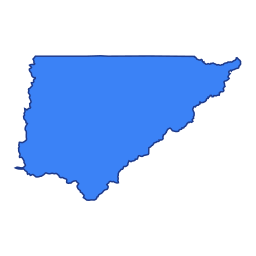 the district of Governador Jorge Teixeira, Rondônia, Brazil
{"feature_id": "56859067B13052829322579", "entity_name": "Governador Jorge Teixeira", "entity_type": "district", "adm_level": 2, "iso_a3": "BRA", "parent_name": "Brazil", "parent_adm1": "Rondônia", "projection": "orthographic", "projection_center": [-63.145, -10.822], "detail": "fine", "context": "isolated", "style": "filled", "palette": "blue", "viewbox_px": 256, "rotation_deg": 0, "n_neighbors": 0, "source": "geoboundaries", "source_scale": "gbopen_adm2", "svg_char_len": 5729}
<svg xmlns="http://www.w3.org/2000/svg" viewBox="0 0 256 256"><path d="M15.4,167.9L16.2,168.3L18.3,168.9L21.1,169.1L23.5,169.0L24.3,169.4L24.8,170.2L25.4,170.8L26.6,171.5L27.0,172.0L27.3,172.8L27.3,173.7L27.7,174.3L28.6,173.9L29.2,173.8L29.7,174.3L30.3,175.4L31.3,175.1L31.8,174.7L32.5,174.5L33.2,174.6L36.0,176.9L38.0,176.9L39.0,176.7L40.1,176.3L41.3,176.2L43.7,174.7L45.5,173.0L46.1,172.9L47.3,173.4L49.1,173.8L50.1,173.7L51.8,173.3L52.5,173.3L54.0,173.7L55.0,173.7L55.9,173.4L56.6,173.6L57.3,174.2L58.1,174.9L58.9,175.5L59.4,176.9L60.1,177.4L60.8,177.7L62.6,177.5L63.2,177.8L64.2,178.4L65.8,178.9L66.4,179.2L66.8,179.8L66.6,181.8L66.7,182.6L67.9,183.2L68.8,183.3L69.7,183.0L70.3,183.1L71.1,183.0L71.8,182.2L73.4,181.2L75.5,180.8L76.3,181.0L76.7,181.7L77.2,182.4L78.6,183.4L78.4,184.2L77.7,185.1L77.1,186.0L77.2,187.0L77.9,188.4L78.5,189.3L80.3,190.6L80.3,191.9L81.0,192.4L81.7,192.6L82.2,193.2L82.5,193.8L83.2,194.3L83.9,195.1L84.1,195.7L83.3,197.6L84.9,198.5L85.3,199.0L86.9,200.1L89.2,200.2L91.1,199.9L94.4,200.0L95.2,199.6L96.1,199.1L96.7,198.1L97.0,197.0L98.0,196.7L98.3,195.6L98.8,194.8L99.7,194.2L101.6,193.2L102.4,192.4L103.8,190.7L104.7,190.0L105.5,189.7L107.1,189.3L107.9,188.1L108.2,186.8L108.0,186.1L106.8,184.6L107.6,183.7L108.7,182.9L109.1,182.0L109.6,181.6L110.2,181.3L112.0,181.7L112.8,181.7L113.5,181.5L115.0,182.4L116.4,182.8L117.0,183.0L118.4,182.7L118.2,181.4L117.8,180.7L118.1,179.4L118.2,177.9L117.9,177.3L117.8,176.5L118.3,175.2L118.2,173.9L118.4,173.2L119.1,171.7L120.1,170.8L121.1,169.4L122.5,169.2L123.1,168.5L123.3,167.3L123.9,166.5L125.4,166.5L126.5,166.0L127.4,165.3L127.9,164.6L127.8,163.8L129.0,160.8L131.0,161.7L132.2,161.0L133.2,160.9L134.3,160.6L135.2,160.0L135.3,159.2L136.2,159.2L137.4,159.0L137.7,158.0L138.2,156.5L138.6,155.8L139.5,155.7L140.9,156.3L141.7,156.4L142.7,156.3L143.6,155.5L146.5,154.9L148.2,154.4L148.7,153.6L148.8,147.8L150.5,146.9L151.8,145.5L152.5,145.3L153.5,144.0L153.6,143.3L154.9,142.6L156.0,142.4L156.5,141.8L157.1,141.5L157.7,141.6L158.8,141.3L159.3,140.8L159.2,140.1L159.8,140.3L160.4,139.9L161.1,140.0L162.0,139.8L162.9,139.0L163.1,138.4L162.9,137.2L162.9,136.4L163.4,135.8L163.3,135.0L165.2,133.8L165.8,132.8L166.3,132.4L166.3,131.6L166.9,130.9L167.2,130.1L168.1,129.0L168.7,128.7L170.0,128.1L171.1,128.9L172.4,130.7L175.7,131.5L177.0,131.5L177.8,131.4L178.7,131.1L178.9,130.3L179.7,129.6L181.5,129.2L182.0,128.5L182.1,127.8L182.9,128.0L183.7,127.9L184.2,127.0L184.9,126.4L185.6,126.1L185.9,125.4L186.7,124.6L187.0,123.5L187.9,122.9L188.4,122.3L189.1,122.6L189.7,122.1L190.6,122.0L191.6,122.3L192.9,121.3L192.4,120.5L192.2,119.6L192.8,118.9L193.6,118.4L193.4,116.7L193.9,116.0L194.1,115.2L194.1,112.9L193.9,112.3L193.1,110.6L192.7,109.2L193.9,106.7L194.7,106.6L195.4,106.9L195.9,106.1L196.7,105.4L197.7,105.2L198.5,105.1L199.0,104.3L199.9,104.0L200.2,103.3L199.8,102.6L200.0,102.0L200.5,102.4L201.3,102.7L202.1,102.6L202.9,102.5L204.0,102.1L204.7,101.6L205.3,101.4L206.3,100.2L206.3,99.4L206.9,98.7L207.5,98.4L208.2,98.4L208.1,97.2L208.7,97.3L209.5,96.7L210.0,96.2L210.1,95.5L211.1,95.3L211.8,96.0L212.1,96.8L213.5,96.6L213.9,95.6L215.5,95.7L216.1,95.9L216.8,95.5L218.0,95.1L219.2,95.2L219.4,94.1L219.3,93.0L220.0,92.7L220.4,91.8L222.8,91.7L223.6,91.1L223.9,90.2L223.2,88.9L223.5,88.2L223.9,87.6L224.2,86.9L225.0,86.5L224.6,85.4L224.4,83.6L224.0,82.1L224.2,81.5L225.1,81.0L226.1,80.8L226.9,80.4L228.5,79.2L229.2,78.4L228.6,77.6L227.9,76.9L228.7,75.3L230.1,73.6L229.0,73.1L228.7,71.9L229.0,71.3L229.9,70.9L230.5,70.3L231.1,70.4L231.4,71.0L231.8,70.3L232.5,70.1L233.1,69.8L234.4,69.5L235.8,68.7L238.5,68.0L238.8,67.3L239.0,66.1L239.6,65.7L240.1,64.8L240.6,64.2L240.6,63.4L240.5,62.5L240.6,61.6L240.2,61.1L240.0,60.5L238.7,59.5L237.0,57.7L236.3,57.9L236.3,58.9L235.7,59.4L235.3,60.1L234.7,60.4L233.8,60.7L232.1,61.9L231.3,62.1L230.5,61.9L229.7,62.1L228.6,62.0L227.8,62.1L227.4,62.7L224.8,63.2L223.6,63.9L223.2,64.6L221.9,64.6L220.8,65.2L219.7,65.2L218.8,64.7L217.6,64.7L217.0,65.0L215.3,64.0L213.8,63.5L213.1,63.0L211.6,63.6L211.0,63.3L209.9,64.2L208.1,63.6L207.3,64.0L206.7,64.2L205.8,64.2L205.0,63.4L204.1,63.0L203.9,61.8L203.2,62.1L202.3,61.3L202.3,60.4L201.9,59.7L201.2,59.4L200.1,60.2L199.2,59.9L198.4,59.8L197.6,59.3L196.7,59.0L196.3,58.2L195.4,57.1L194.5,57.0L194.3,56.4L148.9,56.0L108.1,56.2L100.6,55.8L87.2,56.2L35.4,56.2L34.0,58.1L33.3,58.6L33.0,59.2L33.5,59.8L34.0,61.7L33.9,62.7L34.2,63.4L34.7,63.9L34.0,64.5L33.2,64.5L32.2,64.4L31.5,64.5L30.3,64.7L29.5,65.2L30.2,66.1L31.0,66.6L31.5,67.6L30.9,68.1L29.4,69.0L29.3,69.9L29.7,70.9L30.1,71.6L30.9,72.5L31.4,73.4L31.5,74.6L32.0,76.1L32.6,76.8L33.9,77.6L35.2,77.6L35.3,78.4L34.7,79.0L34.1,79.3L33.5,80.2L33.8,81.8L33.1,82.5L31.4,82.7L31.5,83.5L32.1,84.6L32.4,85.4L31.9,86.2L30.8,87.2L30.1,88.1L29.4,88.5L28.7,88.8L28.5,89.8L28.9,90.7L28.4,92.1L28.5,93.0L29.0,93.6L29.9,95.1L30.0,96.0L29.4,96.9L29.4,97.7L30.3,99.4L31.0,101.4L31.0,102.1L30.5,103.0L29.7,103.5L29.9,106.6L30.6,107.2L30.2,108.1L28.8,108.4L28.1,108.8L27.5,109.6L26.8,109.9L26.1,109.3L24.7,108.6L25.0,111.2L24.9,112.0L24.1,113.2L24.3,113.9L24.5,115.3L23.6,116.2L23.7,117.4L24.0,118.9L25.5,120.5L25.9,121.3L26.0,122.8L27.4,123.5L26.9,124.6L26.4,125.1L25.5,126.9L25.3,127.6L25.1,129.1L25.4,130.2L26.1,131.0L26.3,131.8L26.4,133.3L26.3,134.3L26.3,137.3L26.6,139.0L26.4,140.0L24.5,141.5L22.8,142.5L21.0,142.5L20.3,142.3L19.4,142.3L19.1,143.0L19.2,143.8L18.8,145.0L18.9,145.7L19.3,146.5L19.0,147.3L18.5,148.1L18.7,149.0L18.7,151.0L19.0,151.9L19.4,152.6L20.0,154.0L20.0,155.2L19.4,156.1L19.6,157.4L20.5,157.3L21.6,157.3L22.1,157.7L23.1,159.2L24.1,161.0L24.0,162.5L25.3,164.8L25.4,165.5L24.9,166.1L24.2,166.6L23.8,167.3L22.9,167.7L21.6,167.9L19.8,167.7L19.3,167.5L17.4,167.2L16.7,167.3L15.4,167.9Z" fill="#3b82f6" stroke="#1e3a8a" stroke-width="1.5"/></svg>